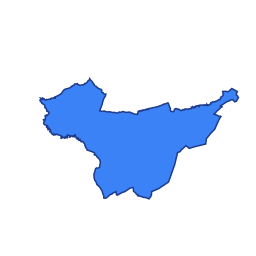 outline of Momba, Mbeya, United Republic of Tanzania, rotated 291°
{"feature_id": "72390352B95240342657452", "entity_name": "Momba", "entity_type": "district", "adm_level": 2, "iso_a3": "TZA", "parent_name": "United Republic of Tanzania", "parent_adm1": "Mbeya", "projection": "orthographic", "projection_center": [32.491, -8.789], "detail": "fine", "context": "isolated", "style": "filled", "palette": "blue", "viewbox_px": 256, "rotation_deg": 291, "n_neighbors": 0, "source": "geoboundaries", "source_scale": "gbopen_adm2", "svg_char_len": 5737}
<svg xmlns="http://www.w3.org/2000/svg" viewBox="0 0 256 256"><g transform="rotate(291 128 128)"><path d="M69.4,169.8L69.4,173.1L73.3,174.0L77.1,172.9L82.3,178.3L92.1,185.2L110.5,184.7L122.7,183.1L124.8,185.2L126.4,185.5L132.3,188.5L130.9,192.4L134.1,196.5L140.9,206.3L146.0,205.0L152.8,207.2L157.9,209.4L168.2,209.9L172.1,210.6L172.1,209.7L171.5,208.9L171.5,208.5L171.9,206.3L171.7,203.3L172.0,203.3L172.4,203.7L174.3,204.5L174.9,204.7L175.2,204.6L177.2,205.9L180.8,207.5L181.3,208.2L181.5,208.2L181.7,207.7L181.6,206.4L181.8,206.5L187.9,210.8L190.2,213.4L191.9,214.9L191.9,215.4L190.7,218.3L191.8,219.6L196.0,220.2L196.1,219.8L196.9,219.2L197.4,218.0L198.1,217.1L199.6,216.8L200.3,217.0L201.2,217.0L202.1,210.8L200.5,209.9L198.5,209.2L197.9,208.5L197.1,205.7L196.1,203.3L195.1,204.0L194.0,204.4L193.0,205.0L192.2,205.1L191.3,204.4L190.8,204.3L190.2,203.7L189.6,203.4L188.6,203.8L187.9,203.7L187.7,203.5L187.4,203.6L186.8,202.5L185.0,201.2L184.6,200.4L183.8,200.0L183.5,199.1L183.0,198.7L182.7,197.5L181.8,197.1L181.2,196.3L180.5,196.7L180.0,196.6L179.7,196.0L179.4,196.1L178.8,195.7L178.7,195.3L178.3,195.3L178.0,194.9L178.0,194.7L177.8,194.5L178.0,194.1L177.6,194.1L177.4,193.9L178.3,193.0L177.9,193.0L177.8,192.8L177.4,193.0L177.0,192.3L177.2,192.0L176.8,191.5L176.9,190.7L176.4,190.4L176.5,190.0L175.9,189.2L175.4,187.4L174.5,186.1L173.9,186.3L173.6,186.8L173.4,186.7L173.3,186.3L173.8,185.1L173.6,184.5L172.5,183.7L172.6,183.1L172.1,182.9L171.6,183.4L171.2,182.8L170.9,182.8L171.1,182.0L170.5,181.9L170.7,181.5L170.5,181.3L170.8,180.9L170.6,180.9L170.4,180.3L170.0,180.1L170.0,179.8L169.2,180.3L168.7,180.1L168.0,178.3L167.5,177.7L167.0,177.6L167.0,176.9L166.4,174.8L165.9,174.1L165.4,174.3L164.9,173.6L164.9,172.7L164.5,172.6L164.4,172.2L163.6,171.8L163.2,171.3L163.2,170.7L163.7,169.6L163.7,168.8L163.4,168.4L163.6,168.1L163.4,166.9L163.5,166.4L163.1,165.9L163.0,165.2L161.8,164.7L159.9,164.8L159.2,164.0L159.1,162.1L159.8,160.9L161.3,160.7L162.7,159.2L165.3,157.0L165.7,156.6L165.6,156.0L163.9,154.2L163.0,152.6L162.6,152.6L159.5,149.1L159.0,148.8L158.6,147.8L158.0,147.4L157.9,147.1L154.5,141.9L153.5,140.7L153.4,140.2L153.1,140.3L152.7,140.1L152.6,139.0L152.4,138.9L152.1,139.2L151.9,138.2L151.6,138.3L151.5,138.0L151.1,137.8L151.2,137.4L150.6,136.6L150.3,135.6L149.3,135.4L149.2,135.1L149.5,134.6L149.3,134.3L148.8,134.3L148.6,134.1L148.5,133.2L147.9,133.1L148.1,132.6L147.9,132.1L147.4,132.2L147.1,131.7L146.7,131.5L145.2,132.0L144.6,131.7L144.1,131.9L143.2,128.4L143.5,127.1L143.2,125.8L143.5,124.9L143.4,123.7L141.8,120.4L141.6,117.4L140.0,115.5L139.8,114.1L138.4,113.0L137.9,112.3L137.8,110.1L137.0,108.1L136.6,105.1L135.4,102.3L135.4,99.7L134.5,98.3L134.1,97.1L133.9,95.4L140.6,95.4L143.3,95.0L147.0,94.9L149.9,95.5L151.7,95.1L151.3,94.6L151.1,93.5L152.0,92.3L151.9,91.4L152.2,90.5L153.6,90.2L154.4,89.0L154.3,86.5L154.7,85.6L154.6,84.8L155.5,83.5L155.4,83.0L155.5,81.7L156.0,81.3L156.8,80.5L156.9,79.6L157.7,79.1L158.2,78.4L159.8,75.1L160.3,74.6L158.8,74.5L157.3,73.6L157.0,73.7L156.1,73.4L154.2,72.4L153.9,71.5L153.2,71.6L152.3,70.7L150.6,67.6L150.7,65.7L151.3,64.9L150.6,64.2L150.3,62.7L148.8,62.2L147.7,61.2L146.8,60.9L146.6,60.2L145.6,60.0L144.6,59.3L141.7,55.4L140.7,54.6L138.3,53.8L137.0,53.7L136.0,53.2L133.5,51.4L131.1,49.0L129.9,49.4L129.9,49.2L130.5,49.0L130.5,48.4L129.4,48.3L129.4,47.4L128.7,47.1L128.5,46.0L128.0,45.8L127.8,45.3L127.1,45.3L126.9,44.5L125.6,42.6L125.6,42.2L125.3,41.7L124.8,41.6L124.5,39.6L125.2,39.3L124.9,38.5L125.4,37.5L125.1,37.4L124.8,37.6L124.3,37.6L124.7,37.1L124.6,36.1L124.3,36.7L123.5,36.9L123.2,35.9L122.5,35.8L121.5,36.6L120.8,38.4L120.2,38.7L119.6,41.9L118.7,42.6L117.3,43.0L117.0,44.1L116.2,45.1L116.2,45.5L115.3,46.0L114.9,45.9L114.5,46.3L114.7,47.8L114.1,48.7L113.0,48.9L112.2,48.5L110.7,48.3L110.5,47.4L110.8,47.0L109.5,46.2L108.5,47.2L106.9,47.4L106.1,47.8L105.8,46.5L105.3,46.1L104.7,47.5L104.2,47.8L103.3,47.3L102.5,47.5L101.5,48.1L101.2,49.2L101.3,52.0L101.0,52.4L100.7,52.4L100.5,51.5L99.6,51.6L98.9,53.4L99.0,53.7L99.6,53.8L99.5,54.3L99.1,54.4L98.4,53.6L97.8,53.8L98.0,54.6L98.9,55.3L98.7,56.1L98.3,56.5L96.9,56.1L96.5,56.3L96.7,57.8L95.5,58.4L94.7,60.9L95.2,61.4L96.1,61.1L96.0,61.6L95.4,62.2L95.8,63.0L96.5,63.2L96.6,64.8L96.4,65.2L96.9,66.2L96.5,68.1L95.3,69.3L94.5,69.1L94.5,69.5L95.3,70.0L96.4,69.4L96.3,69.8L95.5,70.4L96.4,71.6L95.8,72.0L95.8,72.5L96.4,73.3L96.8,72.6L97.7,73.1L97.7,74.6L97.3,74.5L97.2,74.9L98.0,75.0L98.3,74.1L98.7,73.9L99.8,74.1L99.5,74.6L100.0,75.2L99.9,76.8L99.7,77.1L99.0,76.6L98.6,76.7L98.6,77.0L99.3,77.5L100.2,77.6L100.7,78.4L100.7,78.7L100.2,78.8L100.1,79.0L100.2,79.4L100.9,79.6L101.1,79.8L100.4,80.5L100.5,81.1L100.8,81.3L101.9,80.7L102.6,80.8L102.8,81.1L102.2,81.4L100.8,83.0L100.1,83.1L100.0,83.6L100.4,84.2L99.5,84.5L99.7,85.3L100.2,85.1L100.6,85.3L100.4,85.5L99.5,85.6L98.9,86.5L99.2,87.2L99.7,87.0L100.2,87.4L100.0,87.6L99.1,87.7L99.0,88.3L98.4,89.2L98.4,89.5L99.1,90.0L98.9,91.3L98.3,91.7L98.2,92.4L97.2,93.7L96.2,94.0L95.6,94.8L94.6,95.4L94.2,96.3L92.8,97.8L93.0,102.6L92.9,105.6L92.2,106.2L91.1,106.0L91.2,106.7L90.8,107.2L91.0,108.0L90.8,108.7L89.8,109.5L89.3,111.0L88.5,112.5L87.4,113.8L86.6,114.0L86.0,114.5L81.3,115.4L80.9,115.4L80.1,114.6L79.6,113.9L79.5,113.0L78.6,112.4L78.1,112.3L74.8,112.7L73.0,112.6L69.8,114.0L67.5,115.5L66.0,117.7L64.2,119.1L63.4,121.0L63.6,121.0L62.3,123.6L61.9,123.7L60.1,126.2L57.6,128.1L56.7,129.1L55.3,130.1L54.1,130.4L53.9,130.6L54.4,132.0L55.2,133.1L59.1,135.0L60.1,135.9L60.4,136.6L61.5,137.0L64.0,139.3L63.8,139.3L62.9,140.5L61.6,141.1L61.4,142.1L61.8,142.4L64.2,144.5L65.5,145.4L67.3,147.7L72.8,151.7L74.2,153.7L74.2,154.2L70.9,155.9L70.1,158.5L69.3,159.4L68.9,161.8L68.3,161.5L68.3,162.3L68.7,163.9L68.8,167.1L69.4,169.8Z" fill="#3b82f6" stroke="#1e3a8a" stroke-width="1.5"/></g></svg>